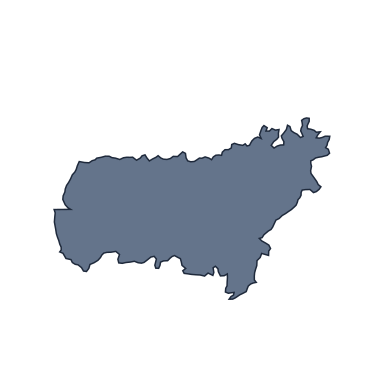 outline of Independência, Rio Grande do Sul, Brazil, rotated 129°
{"feature_id": "56859067B92342663625367", "entity_name": "Independência", "entity_type": "district", "adm_level": 2, "iso_a3": "BRA", "parent_name": "Brazil", "parent_adm1": "Rio Grande do Sul", "projection": "mercator", "projection_center": [-54.201, -27.908], "detail": "fine", "context": "isolated", "style": "filled", "palette": "slate", "viewbox_px": 384, "rotation_deg": 129, "n_neighbors": 0, "source": "geoboundaries", "source_scale": "gbopen_adm2", "svg_char_len": 3626}
<svg xmlns="http://www.w3.org/2000/svg" viewBox="0 0 384 384"><g transform="rotate(129 192 192)"><path d="M221.8,85.2L221.1,88.2L218.2,90.6L215.4,92.5L212.2,93.9L208.5,95.3L204.4,98.3L200.0,97.8L195.9,99.2L193.1,92.6L189.6,95.2L186.5,95.4L184.9,98.9L185.3,102.2L186.1,107.0L185.7,110.5L183.4,108.8L179.9,109.2L174.2,108.1L171.4,107.0L168.6,107.2L164.7,108.2L161.0,109.1L157.8,107.6L153.5,107.1L149.8,105.7L146.6,104.8L143.1,103.7L139.3,103.1L136.8,102.8L133.9,103.6L131.2,104.8L128.6,104.6L125.9,105.2L123.7,106.9L121.2,107.6L118.8,105.4L115.8,101.9L116.0,97.2L113.4,95.6L110.0,94.9L106.8,95.1L106.8,98.6L105.4,101.6L104.3,105.4L103.5,108.3L102.7,111.2L100.8,113.2L96.8,115.3L95.1,117.6L93.1,119.3L90.7,118.1L87.8,117.4L85.2,115.4L82.9,113.3L80.4,111.5L78.4,110.0L75.3,109.5L73.0,113.0L73.5,116.1L70.6,116.5L68.2,117.8L64.9,118.4L62.0,120.0L64.8,123.6L67.8,125.2L70.0,126.9L71.7,129.6L68.5,130.2L64.5,130.2L67.3,133.0L67.2,135.9L68.5,139.3L70.1,142.0L68.2,144.1L65.7,144.8L63.3,145.4L61.0,147.3L62.4,149.6L64.5,151.1L67.3,151.9L69.0,149.8L70.9,147.9L73.8,147.2L76.1,146.0L77.4,143.3L78.9,140.6L81.4,142.0L80.9,146.6L81.7,150.0L81.9,153.5L79.5,157.1L80.0,159.8L84.0,158.0L88.5,157.8L92.2,157.9L93.7,155.7L95.1,152.2L97.7,150.4L99.9,152.9L102.7,154.7L106.2,155.9L105.9,159.8L101.4,160.2L97.7,159.3L94.9,159.3L92.0,161.8L88.7,163.7L91.4,166.1L92.4,169.8L96.0,170.2L98.1,172.9L94.7,174.0L95.1,177.9L97.7,178.1L101.1,177.0L105.1,175.5L106.9,171.9L107.9,175.5L111.0,177.2L114.4,177.6L117.0,177.2L119.5,176.7L121.6,178.2L121.1,181.0L123.8,181.9L126.0,185.8L127.5,189.7L130.1,191.0L133.0,189.2L136.1,190.3L138.4,193.0L142.0,193.5L144.9,192.1L146.4,194.5L148.4,196.6L151.3,197.5L154.6,197.1L155.0,200.2L156.5,203.9L159.5,205.5L161.0,207.6L164.1,208.5L166.8,209.4L169.3,212.0L170.5,215.0L169.2,218.1L166.1,221.4L166.7,224.5L169.3,224.9L173.5,225.5L176.1,229.0L179.6,229.9L182.4,231.9L184.5,234.9L185.2,237.7L185.1,241.2L187.6,241.8L191.1,243.4L194.7,244.7L193.9,248.5L192.7,251.9L195.3,253.6L198.0,253.5L202.2,255.1L202.3,260.0L204.1,262.0L206.0,264.5L208.5,266.8L212.2,268.6L213.8,272.7L215.7,275.9L216.3,278.8L218.7,281.9L222.2,284.4L225.6,287.3L228.1,287.6L230.5,289.3L234.1,290.4L236.8,294.2L239.3,298.8L243.8,297.6L247.3,296.2L250.2,295.6L254.0,295.8L258.3,294.6L262.2,293.9L265.8,293.6L269.4,292.4L272.0,290.8L276.1,289.7L279.1,287.7L281.7,282.5L282.3,278.6L281.9,275.4L292.4,288.1L294.3,285.2L298.1,282.7L301.9,280.1L303.7,278.0L306.7,274.5L309.7,271.2L311.7,268.2L313.6,264.9L315.7,262.0L317.2,259.0L319.3,257.2L321.8,257.1L320.8,253.7L323.0,248.1L320.7,243.5L322.1,240.6L321.7,237.3L320.3,234.7L320.3,230.3L321.7,226.6L320.2,224.0L316.4,224.1L312.5,225.7L308.6,223.6L304.3,222.1L300.6,221.9L297.8,222.4L295.0,222.1L292.5,220.2L289.8,217.1L286.1,213.8L286.2,209.0L290.9,207.3L293.2,204.3L291.3,201.3L288.4,199.0L285.3,195.9L282.1,193.2L280.9,189.4L279.1,186.5L277.0,185.0L274.3,184.3L268.4,183.0L265.8,180.9L266.5,177.5L269.7,176.0L272.3,174.8L274.0,172.2L272.3,169.9L269.2,170.7L266.3,172.3L263.5,170.8L260.7,167.7L257.2,167.4L254.7,166.9L252.4,165.6L251.8,162.1L251.1,159.1L253.0,156.4L255.3,153.6L255.4,148.8L259.0,149.6L260.2,146.9L258.3,143.9L256.4,140.6L253.8,136.8L251.4,133.5L249.4,129.3L244.9,128.5L243.7,123.3L240.8,124.4L237.6,127.9L235.0,127.1L235.3,123.6L237.4,121.3L239.3,117.1L236.8,114.3L233.5,113.0L236.2,110.6L239.6,108.2L242.9,105.7L245.6,105.2L248.7,103.1L247.8,100.0L245.6,98.1L243.6,96.1L245.9,94.9L248.7,95.9L251.9,95.7L249.7,93.0L247.2,91.8L244.3,90.9L241.9,90.2L239.2,88.9L235.3,87.2L232.2,88.3L229.6,89.1L226.6,88.5L224.1,87.1L221.8,85.2Z" fill="#64748b" stroke="#1e293b" stroke-width="1.5"/></g></svg>